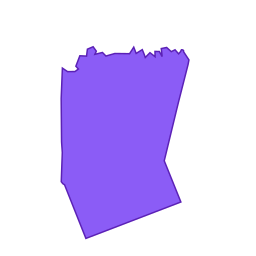 Indiana, Pennsylvania, United States of America (Mercator projection), rotated 158°
{"feature_id": "52423323B69347257455112", "entity_name": "Indiana", "entity_type": "district", "adm_level": 2, "iso_a3": "USA", "parent_name": "United States of America", "parent_adm1": "Pennsylvania", "projection": "mercator", "projection_center": [-79.208, 40.641], "detail": "fine", "context": "isolated", "style": "filled", "palette": "violet", "viewbox_px": 256, "rotation_deg": 158, "n_neighbors": 0, "source": "geoboundaries", "source_scale": "gbopen_adm2", "svg_char_len": 752}
<svg xmlns="http://www.w3.org/2000/svg" viewBox="0 0 256 256"><g transform="rotate(158 128 128)"><path d="M166.4,208.1L178.9,180.4L194.8,140.0L198.1,129.9L210.0,103.2L209.3,100.8L208.1,99.1L208.4,41.4L106.7,39.6L106.7,84.0L76.4,126.3L71.2,133.5L48.5,164.4L46.0,168.3L47.9,177.8L47.5,178.9L47.6,179.3L48.1,180.0L49.1,180.5L49.3,180.4L50.7,179.1L53.3,177.8L55.1,182.9L59.3,182.6L62.0,188.2L67.4,189.2L69.6,181.4L70.3,187.2L74.3,188.9L76.2,184.0L79.4,189.6L85.6,186.9L85.4,189.9L85.4,195.3L92.5,194.1L92.4,200.8L98.7,196.3L112.3,202.0L121.5,203.0L123.4,207.6L131.1,208.7L128.6,211.1L129.9,216.4L136.1,216.3L139.5,210.2L145.6,213.0L153.2,204.8L151.9,201.3L156.0,200.2L162.9,202.9L166.4,208.1Z" fill="#8b5cf6" stroke="#5b21b6" stroke-width="1.5"/></g></svg>